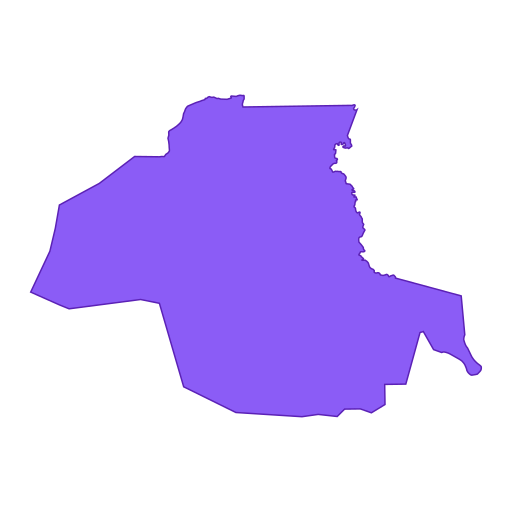 the district of Choloma, Cortés, Honduras
{"feature_id": "27666195B9794587356195", "entity_name": "Choloma", "entity_type": "district", "adm_level": 2, "iso_a3": "HND", "parent_name": "Honduras", "parent_adm1": "Cortés", "projection": "orthographic", "projection_center": [-87.878, 15.648], "detail": "fine", "context": "isolated", "style": "filled", "palette": "violet", "viewbox_px": 512, "rotation_deg": 0, "n_neighbors": 0, "source": "geoboundaries", "source_scale": "gbopen_adm2", "svg_char_len": 6049}
<svg xmlns="http://www.w3.org/2000/svg" viewBox="0 0 512 512"><path d="M371.4,412.8L385.0,404.5L384.7,384.4L405.8,384.1L420.0,332.6L420.5,332.3L422.1,332.0L423.3,331.5L433.6,349.6L441.7,352.5L443.1,352.0L444.3,352.0L446.1,352.4L448.5,353.2L450.1,354.0L458.6,358.8L460.4,359.9L462.0,361.1L462.7,361.9L463.6,362.9L464.3,363.9L465.0,365.1L466.1,367.7L466.5,368.8L466.9,370.5L467.6,371.8L468.1,372.5L468.8,373.3L469.8,374.2L470.6,374.8L471.4,375.1L472.1,375.1L475.8,374.5L477.4,374.1L479.8,371.6L480.7,370.5L480.9,370.0L481.2,369.1L481.3,368.2L481.3,367.5L481.2,366.7L480.9,366.2L479.9,365.3L477.4,363.4L475.4,361.5L473.7,359.6L471.9,357.0L470.8,354.8L467.6,348.1L466.3,346.4L465.4,344.7L464.7,342.9L464.0,340.6L463.7,339.5L463.9,337.7L464.2,336.3L464.8,334.8L461.2,295.9L395.5,278.1L395.6,277.4L395.3,276.8L394.3,275.7L393.8,275.2L393.4,275.1L393.0,275.1L392.3,275.4L390.8,275.8L389.5,276.6L389.0,276.7L388.8,276.6L388.1,275.3L387.8,275.0L387.4,274.7L386.8,274.4L386.4,274.4L385.0,275.0L384.3,275.1L383.4,275.4L382.7,275.4L380.4,274.9L380.2,274.7L380.1,274.2L379.7,273.5L379.2,273.1L378.6,272.8L377.7,272.7L376.5,273.0L375.8,273.0L375.2,272.9L374.2,272.2L374.2,270.5L373.7,270.0L373.2,269.4L371.5,268.7L370.4,267.9L369.8,267.3L369.3,266.2L368.4,263.3L368.1,262.7L367.5,262.0L366.7,261.2L365.9,260.7L365.3,260.2L362.8,260.3L362.3,260.3L362.0,260.2L361.9,260.1L362.0,259.9L362.9,259.4L363.3,259.1L363.5,258.9L363.4,258.6L362.7,257.9L361.2,256.6L360.8,255.8L359.1,255.1L358.9,254.9L358.9,254.6L359.0,254.2L359.7,253.5L360.4,252.0L360.6,251.8L361.2,251.7L362.3,251.8L363.5,251.8L364.4,251.5L364.6,251.3L364.8,251.0L364.8,250.7L364.6,250.4L364.0,249.9L363.7,249.5L363.4,248.6L363.3,247.6L363.2,247.3L361.4,244.9L359.0,242.2L358.8,241.2L358.7,239.6L358.8,238.3L359.0,237.9L359.2,237.5L359.9,237.0L360.9,236.8L361.5,236.6L361.7,236.4L362.0,236.1L362.6,234.8L363.2,233.3L364.4,231.0L364.8,230.4L364.9,230.0L364.7,229.5L362.9,227.8L362.8,227.6L362.8,227.3L362.9,226.5L363.7,224.3L362.8,223.2L362.4,222.5L362.3,221.6L362.3,219.6L362.2,218.7L361.6,217.8L361.0,216.5L360.1,215.6L359.5,214.7L359.5,214.4L360.0,212.9L360.0,212.3L359.7,212.1L359.2,212.1L357.8,212.9L357.3,212.8L356.8,212.5L356.3,211.8L355.9,211.0L355.6,209.7L355.5,208.6L355.4,208.2L354.9,207.5L354.3,207.2L354.1,206.9L354.1,206.3L354.3,205.7L354.4,205.4L354.8,205.0L355.1,202.1L355.3,201.7L355.6,201.6L355.7,201.1L355.6,200.5L355.6,200.1L355.8,200.0L356.1,199.9L357.0,199.9L357.2,199.6L356.4,198.0L356.3,197.7L356.3,197.3L356.1,197.0L355.8,196.9L354.5,197.0L354.2,197.0L354.0,196.9L354.1,196.4L354.6,195.9L354.9,195.5L354.9,195.2L354.6,195.1L352.8,194.9L352.4,194.8L352.2,194.6L352.0,194.2L351.7,192.8L351.9,192.4L352.3,192.2L353.7,192.4L354.7,192.3L354.9,192.1L354.9,191.6L354.6,191.1L354.2,190.8L352.5,190.4L352.1,190.1L352.0,189.9L352.2,189.6L353.5,189.0L353.7,188.8L353.7,188.6L353.4,188.2L352.8,187.6L352.1,186.3L351.8,185.9L351.0,185.3L350.6,184.6L349.9,184.2L347.0,183.8L346.3,183.7L346.1,183.6L346.0,182.8L345.7,181.9L345.4,181.2L345.3,180.7L346.0,178.4L346.1,177.7L346.0,177.1L345.9,176.7L345.5,176.1L344.1,174.3L343.6,173.9L342.7,173.6L341.7,173.1L341.2,172.6L341.1,172.4L341.1,172.0L341.0,171.8L340.4,171.5L338.9,171.6L337.5,171.3L336.9,171.5L336.1,171.3L335.3,171.3L333.4,172.1L333.1,172.1L332.9,172.1L332.5,171.7L332.0,170.5L331.2,169.1L330.8,168.8L330.1,168.6L329.9,168.4L329.9,168.1L330.0,167.4L330.6,166.4L333.1,163.9L333.6,163.6L334.6,163.3L335.6,163.3L336.1,163.2L336.6,162.8L336.8,162.3L336.8,161.6L336.5,161.1L336.4,160.8L336.6,160.3L337.1,160.0L337.3,159.8L337.4,159.4L337.3,159.0L336.9,158.5L335.7,158.3L334.8,157.8L334.7,157.6L334.6,156.8L334.5,154.5L334.6,154.3L335.2,153.9L335.6,153.2L335.9,149.9L335.5,149.7L333.9,149.7L333.7,149.6L333.6,149.4L333.9,148.7L334.6,147.5L334.8,146.5L334.8,145.2L335.1,144.8L335.4,144.4L335.8,144.0L336.3,143.8L336.7,143.7L337.3,143.7L337.5,143.8L337.6,144.5L338.0,145.0L338.4,145.3L338.8,145.3L339.0,145.2L339.1,143.0L339.2,142.5L339.4,142.3L339.6,142.2L340.3,142.1L340.9,142.2L341.4,142.5L341.4,142.9L341.1,144.0L341.3,144.3L341.6,144.5L342.3,144.4L342.9,144.1L343.5,143.6L343.7,142.9L344.0,142.7L344.3,142.6L344.7,142.9L345.0,143.6L345.4,144.5L345.5,145.6L345.4,145.9L345.2,146.1L344.7,146.1L344.2,145.9L343.9,145.9L343.5,146.1L343.1,146.4L342.9,146.9L343.0,147.2L343.3,147.4L344.0,147.7L345.3,148.1L347.5,147.8L348.0,148.0L348.3,148.4L348.6,148.5L349.1,148.3L349.6,147.9L351.0,146.6L351.5,146.4L351.7,146.2L351.7,145.7L351.5,144.9L350.7,143.6L350.4,143.0L350.4,140.2L350.3,139.4L350.1,139.2L349.6,139.1L349.0,138.9L348.4,138.3L347.9,137.2L347.4,135.5L357.0,109.7L356.6,110.0L355.8,110.1L354.8,110.0L354.2,109.8L353.9,109.5L353.6,108.8L353.7,108.4L354.7,106.7L355.1,105.5L355.0,105.2L354.7,104.9L354.1,104.8L353.3,105.0L352.5,105.3L351.4,105.5L350.1,105.4L243.0,107.0L242.8,106.1L242.4,105.3L242.4,104.5L242.5,103.4L243.0,101.9L243.2,100.7L243.4,100.2L243.9,99.4L244.1,99.0L244.1,96.1L244.0,95.7L243.8,95.5L243.1,95.5L242.2,95.6L240.9,95.3L239.5,95.3L238.0,95.7L237.2,96.0L236.4,96.4L236.0,96.4L231.4,96.0L231.0,96.2L230.8,96.5L230.8,96.8L231.2,97.2L231.3,97.7L231.3,97.8L231.1,98.1L230.8,98.2L228.0,99.0L227.7,99.2L227.1,99.3L220.8,99.1L218.3,98.3L217.4,98.5L216.9,98.5L213.8,97.1L211.9,97.4L210.6,97.1L209.6,96.7L209.2,96.7L208.8,96.8L207.8,97.3L206.6,98.4L206.0,98.5L205.4,98.4L204.8,99.6L203.7,100.0L201.7,100.6L200.1,101.3L196.6,102.4L195.3,102.9L187.8,106.1L187.2,106.6L186.0,108.2L185.5,109.0L184.5,111.8L183.6,113.6L183.0,117.1L182.4,119.5L181.7,120.8L180.6,122.5L178.8,124.3L176.4,126.4L172.0,129.3L169.7,130.6L169.2,131.1L168.8,131.6L168.7,132.1L168.8,135.0L168.6,136.0L168.2,137.3L168.0,138.3L168.3,139.7L168.7,141.6L169.1,144.9L169.2,147.3L169.4,149.8L169.4,150.8L169.3,151.2L169.0,151.6L167.9,153.0L165.8,154.4L164.4,156.5L164.2,156.6L161.8,156.5L159.4,156.8L134.6,156.5L99.3,183.4L59.4,205.0L55.3,228.4L49.9,251.2L30.7,292.1L59.7,305.0L69.1,308.8L140.6,299.5L159.4,303.3L183.7,386.8L235.9,412.5L302.0,416.7L318.2,414.4L337.2,416.5L344.6,409.1L360.3,408.9L371.4,412.8Z" fill="#8b5cf6" stroke="#5b21b6" stroke-width="1.5"/></svg>